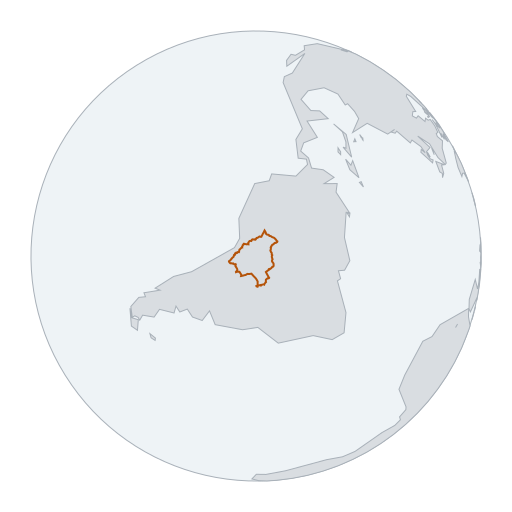 Bolivia highlighted on a globe, orthographic projection, rotated 58°
{"feature_id": "BOL", "entity_name": "Bolivia", "entity_type": "country or territory", "adm_level": 0, "iso_a3": "BOL", "parent_name": "South America", "parent_adm1": "", "projection": "orthographic", "projection_center": [-65.153, -16.301], "detail": "fine", "context": "on_globe", "style": "outline", "palette": "amber", "viewbox_px": 512, "rotation_deg": 58, "n_neighbors": 0, "source": "natural_earth", "source_scale": "50m", "svg_char_len": 9533}
<svg xmlns="http://www.w3.org/2000/svg" viewBox="0 0 512 512"><g transform="rotate(58 256 256)"><circle cx="256" cy="256" r="225" fill="#eef3f6" stroke="#a8b0b8"/><path d="M195.6,39.0L196.1,38.8L198.3,38.2L200.8,37.6L205.3,36.6L211.8,35.2L211.2,35.6L216.9,34.3L216.1,34.3L218.2,33.9L222.1,33.3L220.2,33.7L222.2,33.5L220.5,33.9L223.5,33.3L223.0,34.0L229.0,32.6L233.3,32.5L231.5,33.2L224.4,34.1L202.7,40.2L198.7,42.4L200.2,43.9L218.1,44.0L216.7,46.5L220.0,49.2L224.1,46.9L223.0,44.2L231.5,41.4L229.0,39.2L232.1,38.0L232.5,35.9L240.3,35.4L247.6,36.3L247.6,38.2L250.8,38.9L257.1,36.8L263.3,41.0L278.0,45.4L278.7,47.0L268.9,49.5L252.9,49.4L240.0,55.3L256.2,50.9L257.9,56.1L261.4,57.0L265.9,56.8L268.4,54.9L270.6,56.9L255.4,61.2L253.2,59.4L258.0,57.8L250.5,58.2L240.3,62.3L241.9,65.2L224.7,70.5L225.6,72.9L222.4,75.8L222.1,71.4L222.4,79.7L202.4,91.4L202.5,108.7L193.9,96.1L185.6,95.8L175.4,97.6L175.2,100.3L162.1,100.7L149.4,109.1L143.5,124.3L147.0,134.8L161.7,132.4L166.7,125.1L177.8,122.0L168.6,141.2L187.9,141.1L185.3,155.6L190.7,162.5L200.7,159.5L210.9,162.3L218.5,153.3L230.7,148.1L230.7,159.9L237.6,148.8L244.3,154.3L268.6,153.8L266.7,156.4L287.2,171.2L309.7,178.9L315.0,188.4L312.2,193.9L320.1,196.3L320.2,200.1L351.7,209.7L367.8,222.0L367.3,235.7L353.8,249.7L341.7,283.3L317.5,292.3L311.4,306.5L292.6,327.0L277.9,324.5L282.2,335.8L274.1,342.2L264.6,342.4L263.1,350.3L256.1,350.4L260.9,355.7L250.1,366.1L253.8,374.8L246.1,383.5L248.8,388.6L245.6,388.5L242.5,390.5L242.4,393.4L232.5,388.9L229.0,377.3L232.0,371.3L227.8,370.5L234.1,355.5L229.8,358.6L229.7,336.7L235.2,318.9L237.5,269.8L232.4,260.5L215.0,250.6L193.9,218.7L199.2,204.9L194.7,199.2L209.4,179.8L205.7,163.8L200.6,161.9L195.4,168.4L178.3,160.4L172.7,149.3L123.3,141.1L118.9,136.9L120.1,128.2L110.1,107.2L111.4,129.3L106.3,126.4L103.5,119.4L106.7,116.2L106.9,105.6L103.2,103.7L108.4,91.5L126.5,73.5L126.7,74.4L131.1,70.6L131.1,69.5L130.0,69.8L137.7,64.3L151.5,56.4L165.8,49.6L180.5,43.7L195.6,39.0ZM200.7,115.1L222.9,122.5L209.8,124.5L212.3,122.6L206.9,119.3L196.5,116.9L185.1,120.2L200.7,115.1ZM211.8,104.1L207.9,103.7L211.8,103.3L211.8,104.1ZM128.8,70.5L130.6,69.8L128.9,72.1L126.9,72.7L128.8,70.5ZM133.9,66.7L129.8,69.4L130.1,69.2L130.7,68.8L133.9,66.7ZM228.3,36.4L230.3,36.2L229.2,36.7L228.3,36.4ZM226.5,35.9L223.6,36.7L222.4,36.6L224.1,36.1L226.5,35.9ZM230.3,35.1L220.5,36.4L218.3,36.3L223.2,34.6L230.3,35.1ZM214.3,34.6L215.2,34.6L210.9,35.3L214.3,34.6ZM211.0,35.3L209.8,35.5L211.0,35.3ZM241.0,31.2L243.2,31.1L239.2,31.4L241.0,31.2ZM249.4,398.8L233.5,390.6L242.3,394.2L247.7,389.6L256.2,395.9L249.4,398.8ZM265.6,387.1L272.3,384.8L274.1,386.3L269.8,388.3L265.6,387.1ZM410.7,92.2L408.8,91.2L417.0,103.8L413.6,103.3L405.9,98.2L392.1,82.5L401.3,85.6L396.6,81.1L385.5,73.1L389.3,75.1L385.9,72.5L388.4,73.9L385.6,71.7L398.5,81.5L410.7,92.2ZM457.2,357.3L457.1,357.5L452.6,365.9L448.0,372.7L442.9,377.6L441.3,371.4L446.5,363.3L453.7,345.0L466.1,304.2L472.1,289.1L474.2,275.6L472.5,242.7L473.2,228.0L471.4,220.3L468.5,219.5L465.7,210.3L463.4,208.7L444.8,205.4L435.7,192.8L416.7,159.7L417.6,149.4L411.8,136.3L413.1,103.4L420.1,108.0L428.7,111.5L431.0,114.2L437.3,122.6L443.0,130.4L451.4,143.9L458.8,157.9L465.2,172.5L470.6,187.4L474.9,202.7L478.1,218.3L480.2,234.0L481.2,249.8L481.1,265.7L479.8,281.6L477.5,297.3L474.0,312.8L469.5,328.0L463.9,342.8L457.2,357.3ZM420.5,121.1L422.4,124.7L420.5,121.1ZM269.4,153.6L272.3,156.0L268.4,156.0L269.4,153.6ZM207.7,129.1L212.5,129.0L214.9,130.5L211.2,131.3L207.7,129.1ZM248.7,127.4L254.4,128.3L248.4,129.3L248.7,127.4ZM226.4,123.5L244.2,127.2L232.6,130.7L221.4,128.7L229.3,127.4L226.4,123.5ZM209.0,110.1L212.0,110.6L210.9,112.6L209.0,110.1ZM214.6,103.9L213.5,104.1L212.1,102.7L214.6,103.9ZM258.7,55.8L260.0,55.6L264.5,55.8L262.2,56.6L258.7,55.8ZM285.4,53.0L288.4,56.3L284.7,54.2L282.1,55.6L271.1,53.4L278.6,47.7L277.1,50.4L285.4,53.0ZM258.5,49.8L264.6,51.2L257.6,49.9L258.5,49.8ZM364.7,59.2L368.6,61.2L371.9,63.5L370.3,63.7L365.4,60.2L364.7,59.2ZM360.4,56.4L361.8,57.1L362.9,57.7L364.4,58.5L367.3,60.2L381.4,68.8L385.3,71.6L380.2,69.3L379.7,68.3L376.0,66.1L373.2,63.8L359.2,55.8L359.6,55.9L360.4,56.4ZM330.1,43.3L328.9,43.1L322.7,41.2L322.8,41.1L316.8,39.3L323.5,41.1L330.1,43.3ZM240.9,32.4L238.0,32.7L240.5,32.1L240.9,32.4ZM232.3,32.0L232.2,32.0L232.8,31.9L237.4,31.5L241.3,31.2L253.5,31.4L250.8,31.6L261.1,32.4L258.1,33.3L251.5,32.6L256.9,34.4L249.7,34.2L254.1,35.5L239.8,33.9L233.6,34.3L241.7,33.4L244.6,32.3L244.1,32.0L237.8,31.8L225.8,32.9L226.8,32.6L232.3,32.0ZM305.8,36.3L296.0,35.6L295.3,37.0L297.7,39.3L287.9,37.7L279.4,35.0L272.9,32.6L275.1,31.9L270.3,31.7L269.9,31.4L273.8,31.7L267.5,31.1L268.2,31.1L266.5,31.0L286.3,32.8L305.8,36.3ZM419.0,100.6L424.5,106.6L423.5,105.6L419.0,100.6ZM416.2,97.6L418.8,100.3L416.0,97.5L415.1,96.6L416.2,97.6Z" fill="#d9dde1" stroke="#a8b0b8" stroke-width="1"/><path d="M239.7,260.9L239.7,260.7L239.5,260.2L239.2,260.1L239.1,259.9L239.2,259.7L239.7,259.3L239.9,259.3L240.0,259.1L240.1,258.9L240.5,258.4L240.8,258.0L241.0,257.8L241.3,257.6L241.4,257.1L241.4,256.8L241.5,256.7L241.8,256.5L242.0,256.3L242.1,256.2L241.8,256.0L241.3,255.8L241.0,255.8L240.8,255.7L240.7,255.6L240.0,253.9L239.9,253.6L239.9,253.4L240.3,252.6L240.5,252.3L240.8,252.0L240.7,251.8L240.2,251.2L240.0,250.9L240.0,250.6L240.0,250.2L240.3,250.0L240.4,249.7L240.5,249.5L240.6,249.4L240.8,249.2L240.9,248.9L241.2,248.7L241.3,248.6L241.3,248.1L241.5,248.0L241.8,247.9L241.8,247.5L241.6,247.1L241.4,247.0L241.2,246.2L241.0,245.9L241.1,245.7L241.4,245.1L241.4,244.7L241.3,243.0L241.3,242.7L241.5,242.5L241.8,242.2L242.0,242.1L242.2,241.9L242.2,241.6L242.3,241.4L242.5,241.2L241.9,240.3L241.5,239.5L241.0,238.8L240.5,237.9L240.2,237.3L239.8,236.6L239.4,236.0L238.9,235.2L239.4,235.2L240.3,235.2L241.2,235.3L241.7,235.4L242.0,235.5L242.2,235.8L242.4,235.7L242.6,235.7L243.1,235.5L243.5,235.4L243.8,235.2L244.0,235.0L244.4,234.4L244.7,234.1L245.0,234.0L245.6,233.9L245.8,234.0L246.1,234.0L246.3,233.7L246.6,233.3L247.2,232.8L247.6,232.7L247.8,232.6L248.1,232.5L248.4,232.4L249.9,231.2L250.5,230.9L250.9,230.8L251.2,230.8L251.7,230.6L253.0,230.4L253.9,230.4L254.1,230.5L254.4,230.5L254.7,230.2L254.9,230.1L255.1,230.2L255.3,230.5L255.4,230.8L255.3,231.0L255.3,231.4L255.4,231.8L255.4,232.3L255.1,232.8L254.9,233.0L254.9,233.3L254.9,233.6L255.0,234.1L255.3,234.8L255.3,235.3L255.2,235.6L255.1,235.9L255.1,236.2L255.2,236.3L255.3,236.4L255.3,236.6L255.4,236.9L255.5,237.2L255.8,237.5L255.9,238.0L256.0,238.2L256.4,238.4L256.5,238.5L256.6,238.8L256.6,239.0L256.9,239.1L257.2,239.2L257.4,239.3L257.8,239.7L258.1,239.9L258.5,240.1L258.6,240.4L258.8,240.8L259.4,241.0L260.2,241.1L260.7,241.2L261.2,241.0L261.6,241.0L262.0,241.2L262.2,241.3L262.5,241.5L262.9,241.8L263.3,241.9L263.6,241.8L263.8,241.7L264.0,241.8L264.1,242.1L264.2,242.3L264.4,242.5L264.9,242.9L265.1,243.1L265.4,243.1L266.1,243.3L266.7,243.6L267.1,243.7L267.4,243.6L267.6,243.7L267.7,244.1L268.3,244.7L268.5,245.0L268.9,245.2L269.7,245.2L269.9,245.3L270.3,245.2L271.4,245.1L271.6,245.1L272.2,245.4L272.9,245.8L273.4,246.1L273.7,246.3L273.9,246.6L274.0,246.9L274.1,247.2L274.0,247.6L273.9,247.7L273.8,247.9L273.9,248.2L274.1,248.5L274.2,248.8L274.3,249.4L274.4,249.6L274.5,251.5L274.0,251.5L273.3,251.5L273.5,251.6L274.1,252.3L274.6,253.0L274.6,254.0L274.7,254.7L274.7,255.6L274.8,256.1L276.1,256.2L277.5,256.3L279.3,256.4L280.9,256.5L281.1,256.5L281.3,256.4L281.5,256.4L281.6,256.6L281.6,256.9L281.6,257.2L281.1,257.8L281.1,258.0L281.1,258.8L281.3,259.5L281.3,260.1L281.5,260.3L282.0,260.6L282.8,261.2L283.1,261.3L283.4,261.3L283.5,261.5L283.5,261.9L283.9,263.0L284.2,263.7L284.3,263.9L284.5,264.1L284.3,264.2L284.2,264.3L283.9,265.1L283.6,266.1L283.3,266.8L283.5,266.8L283.5,267.0L283.6,267.3L283.3,267.3L283.2,267.4L283.0,268.0L282.6,268.7L282.2,269.5L281.9,270.0L282.3,270.3L282.9,270.9L282.8,271.1L282.5,271.2L282.3,271.2L282.1,271.4L282.0,271.6L281.7,271.6L281.8,271.0L281.8,270.4L281.7,270.3L280.7,269.5L279.7,268.9L278.5,268.1L276.8,268.0L275.1,268.0L273.4,268.3L271.8,268.7L271.0,268.8L269.5,269.1L268.6,269.2L268.3,269.9L267.9,270.8L267.6,271.4L267.2,272.0L266.6,272.8L266.6,273.8L266.6,274.8L266.1,276.1L265.8,277.3L265.4,278.4L265.2,279.1L265.1,279.3L264.8,279.0L264.5,278.6L264.5,278.4L264.4,278.4L262.9,278.4L261.4,278.4L261.2,278.5L260.9,278.4L260.7,278.4L260.5,278.5L260.3,278.7L259.7,279.8L259.4,280.3L259.2,280.7L259.1,281.5L258.8,281.4L258.6,280.7L258.5,280.3L258.3,279.8L258.0,279.3L257.7,279.1L257.4,279.0L257.1,278.9L256.6,278.8L256.3,278.8L254.8,278.8L254.7,278.7L254.1,278.8L253.7,278.8L253.4,278.5L252.7,277.9L252.6,277.7L252.3,277.6L252.1,277.6L251.9,278.2L251.7,278.6L251.6,278.8L251.1,279.0L250.6,279.2L250.3,279.2L250.2,279.4L250.1,279.7L250.0,280.0L249.3,280.4L249.2,280.6L249.1,280.9L248.7,281.4L248.6,281.6L248.0,281.8L247.2,281.9L246.8,281.9L246.4,281.9L246.1,281.7L246.1,281.3L246.1,280.9L246.1,280.4L245.8,279.7L245.8,279.2L245.7,278.7L245.3,278.4L245.2,277.9L245.2,277.5L244.9,277.0L244.9,276.3L244.9,275.7L244.4,275.1L244.0,274.3L243.6,274.3L243.5,274.2L243.4,273.7L243.5,273.5L243.7,273.1L243.0,272.6L242.8,272.4L242.7,272.3L242.7,272.1L242.9,272.0L243.0,271.9L242.8,271.5L242.8,271.2L242.7,271.1L242.8,270.9L243.3,270.8L243.4,270.5L243.4,270.3L243.3,270.1L242.9,269.6L243.3,268.9L243.6,268.5L243.7,268.4L243.6,268.2L243.4,268.1L243.1,267.9L242.9,267.7L242.6,267.4L242.2,267.1L242.0,266.8L241.8,266.6L241.8,266.4L241.8,266.0L241.6,265.4L241.5,265.0L241.4,264.5L241.4,264.2L241.3,263.9L241.2,263.6L241.1,263.4L241.2,263.2L241.3,263.1L240.6,262.7L240.3,261.9L239.7,261.4L239.7,260.9Z" fill="none" stroke="#b45309" stroke-width="2"/></g></svg>